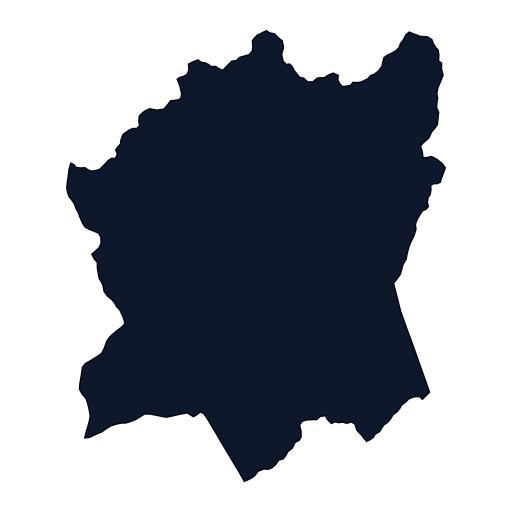 outline of Cachoeiras de Macacu, Rio de Janeiro, Brazil
{"feature_id": "56859067B22364453208609", "entity_name": "Cachoeiras de Macacu", "entity_type": "district", "adm_level": 2, "iso_a3": "BRA", "parent_name": "Brazil", "parent_adm1": "Rio de Janeiro", "projection": "equal_earth", "projection_center": [-42.734, -22.52], "detail": "fine", "context": "isolated", "style": "filled", "palette": "ink", "viewbox_px": 512, "rotation_deg": 0, "n_neighbors": 0, "source": "geoboundaries", "source_scale": "gbopen_adm2", "svg_char_len": 4025}
<svg xmlns="http://www.w3.org/2000/svg" viewBox="0 0 512 512"><path d="M445.2,167.8L442.4,163.8L438.1,160.3L434.3,157.9L431.0,156.5L427.5,157.6L422.9,157.6L422.4,152.5L420.5,146.2L422.9,143.1L425.6,140.8L428.9,137.8L431.4,132.2L434.5,128.6L437.4,124.6L437.8,119.8L438.6,112.2L436.7,108.1L436.7,103.7L437.6,98.4L436.8,93.0L438.0,87.3L440.9,80.7L443.0,75.2L441.4,69.0L441.6,63.1L438.5,61.1L438.8,55.0L438.2,50.3L435.8,47.5L433.3,43.7L431.8,39.6L427.7,37.0L423.7,36.6L420.1,36.4L416.9,35.1L412.8,33.6L409.3,32.1L405.8,34.9L403.1,40.4L400.5,43.5L399.3,47.2L396.2,50.6L391.5,53.3L387.0,55.4L384.0,57.7L382.8,62.4L382.0,66.4L378.4,71.1L374.2,74.4L370.6,75.6L368.1,78.6L365.2,80.1L361.4,82.0L356.7,82.7L352.9,82.4L350.5,85.4L346.1,86.2L342.8,86.7L340.0,84.3L337.8,80.1L338.1,75.4L333.2,73.2L328.2,75.2L324.3,77.8L320.8,77.8L317.4,78.1L313.0,81.8L307.6,82.0L303.6,78.2L299.5,77.3L297.0,74.1L294.1,70.5L292.2,66.7L289.5,64.1L286.2,64.5L283.0,61.2L281.6,54.3L283.5,47.5L282.2,40.9L278.1,37.7L274.7,34.0L269.2,32.8L266.5,30.7L261.4,33.2L257.6,35.0L254.5,37.9L252.4,40.9L252.8,44.9L252.6,50.5L249.3,54.7L244.5,56.0L239.5,57.5L236.3,60.7L231.7,61.2L227.2,65.8L222.8,70.3L218.8,68.6L215.5,66.4L211.2,66.8L208.4,64.5L204.8,62.8L201.3,62.4L198.0,60.0L193.1,61.8L188.6,64.1L188.9,69.9L187.0,74.5L183.9,76.3L180.3,77.3L177.2,79.2L179.4,84.2L180.8,89.6L181.7,93.7L180.9,98.4L178.2,99.9L175.0,100.3L170.6,100.9L167.8,104.6L164.0,109.1L159.2,109.9L156.3,110.1L153.2,109.5L149.6,108.8L145.6,110.6L142.7,112.7L139.4,116.0L138.8,121.0L139.6,125.8L136.9,128.5L132.6,128.6L128.8,130.4L123.2,134.4L121.0,139.7L120.6,144.0L118.0,146.7L115.8,150.0L117.4,153.8L115.6,158.4L111.4,158.4L108.0,160.8L104.3,164.8L99.6,169.5L95.5,170.6L91.8,171.2L88.2,170.0L85.0,167.8L80.1,168.0L75.9,167.4L73.9,164.6L70.8,163.3L69.1,169.3L68.3,176.1L67.4,182.2L66.8,187.4L67.5,191.9L68.9,196.3L71.8,200.0L74.2,203.4L76.1,208.5L78.3,212.5L79.9,217.0L82.6,223.1L85.0,227.0L88.9,229.1L93.9,231.1L98.5,233.0L100.9,237.0L101.1,243.4L99.2,247.7L95.2,251.3L91.9,254.2L94.1,258.7L97.4,262.5L97.4,268.1L98.4,273.7L99.3,278.7L101.5,282.0L103.0,285.4L104.1,291.2L107.4,296.0L110.9,298.7L114.2,302.1L116.6,306.6L119.7,309.7L122.1,314.7L124.1,319.8L124.9,323.8L122.1,326.8L118.7,329.4L116.0,331.5L113.0,334.0L109.8,337.0L106.8,341.2L104.4,348.1L101.5,353.6L97.8,356.2L93.8,358.6L89.9,361.1L85.4,363.6L82.5,367.3L81.7,373.2L80.7,379.4L80.0,383.2L79.5,389.2L82.1,393.8L86.2,398.7L87.8,403.7L89.1,409.2L90.3,416.0L89.4,421.1L87.8,426.8L86.2,432.0L84.8,437.9L89.5,437.3L92.4,436.0L96.5,434.0L101.8,431.8L107.0,428.1L110.8,425.8L117.7,423.7L121.9,423.0L125.6,423.0L129.1,421.9L132.2,420.9L135.3,419.6L138.1,418.1L141.3,416.0L144.6,413.9L150.0,414.0L155.2,415.0L158.5,415.6L162.4,416.5L166.5,417.1L172.2,416.0L176.3,415.0L180.2,414.1L183.2,413.6L187.1,412.8L193.3,416.6L196.2,415.1L200.6,411.7L204.1,414.0L207.7,419.2L216.0,433.2L222.7,444.6L226.5,450.9L228.7,454.7L238.7,471.3L244.3,481.3L248.5,479.5L252.2,477.5L254.7,475.6L258.2,471.1L263.8,468.9L268.3,469.2L272.0,467.7L275.6,464.5L278.7,460.1L283.2,458.8L285.5,455.8L287.9,451.5L292.3,448.0L295.2,442.2L298.9,440.5L301.1,437.0L301.0,431.3L299.5,425.2L301.8,421.5L306.0,420.0L312.0,419.6L316.6,419.6L320.1,416.5L325.2,415.6L327.9,419.9L331.4,423.4L335.4,421.8L339.1,422.6L342.7,422.0L346.6,423.3L351.5,421.9L355.1,424.2L356.9,430.2L360.9,434.3L363.7,437.9L366.6,441.3L370.1,439.6L373.3,437.3L375.2,434.0L379.6,431.5L383.5,425.2L388.0,422.0L390.6,418.6L393.2,414.5L397.1,411.7L399.6,408.5L401.7,404.9L405.5,402.1L408.8,398.8L411.7,397.5L415.8,396.5L419.6,396.6L422.4,399.2L426.1,395.6L429.5,392.2L412.7,344.7L407.5,330.7L400.6,311.3L393.5,283.2L397.1,278.7L400.3,274.2L401.3,270.6L403.0,264.4L406.0,259.6L407.1,253.6L408.6,247.7L410.0,243.9L411.6,240.4L414.1,235.3L415.9,229.5L415.4,224.2L417.0,219.7L420.0,214.4L422.5,210.8L425.7,209.4L428.3,206.6L427.3,202.5L427.8,198.1L430.2,194.2L430.9,189.7L430.6,185.7L433.2,183.7L437.2,183.6L440.2,182.2L441.6,177.6L443.4,173.0L445.2,167.8Z" fill="#0f172a" stroke="#020617" stroke-width="1.5"/></svg>